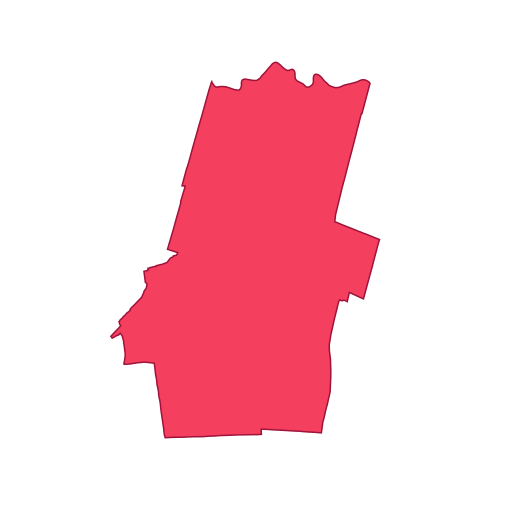 Foltesti, Galati, Romania (orthographic projection), rotated 287°
{"feature_id": "2599482B44549588747866", "entity_name": "Foltesti", "entity_type": "district", "adm_level": 2, "iso_a3": "ROU", "parent_name": "Romania", "parent_adm1": "Galati", "projection": "orthographic", "projection_center": [28.087, 45.725], "detail": "fine", "context": "isolated", "style": "filled", "palette": "rose", "viewbox_px": 512, "rotation_deg": 287, "n_neighbors": 0, "source": "geoboundaries", "source_scale": "gbopen_adm2", "svg_char_len": 5124}
<svg xmlns="http://www.w3.org/2000/svg" viewBox="0 0 512 512"><g transform="rotate(287 256 256)"><path d="M409.8,162.7L409.4,162.6L408.7,162.6L401.6,162.5L373.1,163.2L363.2,163.3L355.3,163.5L341.0,163.8L331.3,164.1L322.8,164.3L318.7,164.1L301.5,164.7L302.1,167.9L286.3,168.0L284.5,168.5L280.8,168.6L275.9,168.7L270.5,168.8L256.4,169.2L256.2,169.2L244.6,169.3L242.3,169.3L241.7,169.3L238.1,169.4L236.5,169.4L236.4,177.4L236.3,180.1L235.3,180.0L233.6,179.8L233.5,179.7L232.6,178.0L231.8,176.9L231.3,177.2L229.5,175.2L228.1,174.4L225.7,173.5L223.9,172.9L223.3,172.2L220.6,168.6L217.7,163.6L217.3,163.8L214.1,158.4L213.7,157.7L213.4,157.6L212.6,156.5L212.6,156.4L212.4,156.5L212.0,156.9L211.9,157.0L211.1,156.3L210.5,156.6L209.8,155.5L209.2,154.3L208.6,153.3L198.4,157.9L197.6,159.8L196.6,160.1L194.8,160.3L193.3,160.4L192.4,160.2L191.7,159.9L191.2,159.7L190.0,159.3L188.2,159.3L186.1,159.1L183.6,158.8L183.0,158.6L181.8,158.1L181.3,157.8L175.6,154.9L174.3,154.3L171.3,152.6L168.9,151.4L168.5,151.3L167.4,151.3L167.3,151.5L166.1,150.9L165.3,150.4L164.2,149.5L163.8,149.2L161.5,148.2L160.3,147.5L159.1,146.8L158.9,146.7L158.6,146.6L158.4,146.5L158.1,146.5L157.2,146.1L156.8,145.8L155.4,144.9L154.5,144.6L153.9,144.5L153.4,144.5L153.3,144.4L153.1,144.2L152.9,144.3L152.1,144.8L150.9,145.7L150.4,146.2L149.8,147.1L136.8,140.7L135.4,142.5L138.8,145.7L139.2,146.2L140.3,147.7L142.4,148.8L141.8,149.6L140.6,151.3L136.4,154.0L135.6,154.4L135.1,154.5L132.8,155.6L130.9,156.5L129.3,157.2L128.2,157.7L127.4,158.1L125.6,158.9L125.4,159.0L123.6,159.7L122.2,160.1L119.8,160.5L117.4,160.9L116.3,160.9L114.4,161.2L113.9,161.5L114.0,162.0L115.8,166.8L119.2,173.8L121.8,180.2L122.7,184.2L123.3,187.7L123.7,190.0L121.7,191.0L113.8,194.4L112.9,194.8L110.7,196.0L109.4,196.7L107.2,197.7L105.4,198.4L104.2,198.9L103.4,199.3L101.8,200.3L99.3,201.6L99.1,201.7L97.8,202.4L95.6,203.2L93.8,204.0L93.2,204.3L91.7,205.0L90.5,205.9L89.1,206.5L87.2,207.5L86.0,208.0L83.6,209.0L83.4,209.1L81.7,209.8L78.8,211.1L71.5,214.6L67.0,216.7L65.3,217.5L63.6,218.3L62.7,218.7L61.7,219.1L59.9,219.9L58.2,220.6L57.7,221.0L55.7,222.2L55.7,222.3L55.9,222.8L56.0,223.2L57.6,227.6L58.2,229.2L59.7,233.9L60.4,236.0L61.0,238.0L61.8,240.4L62.8,243.0L64.0,246.6L65.0,249.4L67.9,258.7L68.2,259.3L69.7,263.0L71.0,266.7L71.7,268.9L72.9,271.9L73.0,272.0L73.3,272.8L74.7,276.9L77.4,284.7L78.6,288.1L79.8,291.5L81.3,296.4L81.4,296.6L81.6,297.1L83.1,301.7L84.7,306.7L85.4,309.1L86.1,310.8L87.0,313.3L92.0,311.6L93.6,318.0L94.2,320.7L94.2,320.8L96.4,329.6L97.3,333.2L100.4,346.1L100.6,346.7L100.9,347.5L101.0,348.1L101.2,349.0L101.9,352.6L103.1,357.9L103.2,358.4L103.3,358.5L104.0,361.5L104.6,363.8L105.1,366.1L105.5,368.2L105.8,369.3L106.0,370.2L112.9,369.1L113.0,369.1L115.5,368.7L116.4,368.5L120.0,368.4L125.1,368.1L126.6,367.9L132.2,367.6L134.3,367.6L146.9,366.7L148.6,366.4L161.7,363.0L167.5,361.3L173.1,359.4L178.8,357.5L186.8,353.9L192.5,352.0L200.6,350.9L201.5,350.7L215.8,349.6L216.4,349.5L226.0,349.0L236.4,348.4L238.4,348.9L238.3,351.3L239.3,352.8L239.5,354.2L239.0,356.6L241.4,356.4L248.4,355.9L246.4,371.3L258.9,370.9L268.5,370.6L271.2,370.5L279.9,370.3L283.2,370.1L288.0,369.9L300.8,369.4L304.0,369.3L307.8,369.3L308.5,361.4L308.9,357.1L309.0,356.8L309.2,352.3L311.1,329.1L311.7,323.7L311.8,321.3L318.9,320.0L344.8,318.5L345.2,318.4L349.3,318.3L358.5,318.0L371.1,317.4L378.0,317.1L383.9,316.9L397.2,316.3L401.7,316.1L406.2,315.8L410.0,315.7L412.5,315.6L422.6,315.1L423.0,315.7L424.4,315.7L426.2,315.6L450.6,314.7L454.2,314.6L454.9,314.0L455.2,313.6L455.5,312.9L455.8,312.0L456.2,310.0L456.3,309.0L455.8,306.6L455.1,305.3L454.5,304.4L452.5,302.2L451.3,300.5L449.7,298.1L448.1,295.4L446.6,292.8L445.5,291.0L445.0,290.2L443.7,288.7L442.4,287.3L441.2,285.4L440.5,283.6L440.2,282.6L440.1,279.6L440.3,277.5L440.6,275.6L441.7,274.0L442.1,273.1L443.3,270.3L444.5,268.6L445.5,267.1L446.6,265.3L447.3,263.5L447.5,262.6L447.5,260.6L447.1,259.6L446.2,258.9L445.4,258.6L444.3,258.6L442.3,259.0L440.5,259.6L438.4,260.1L436.4,259.8L433.8,258.0L433.2,257.4L432.4,255.6L432.3,254.7L432.7,253.7L434.1,251.2L434.6,249.3L434.9,247.3L435.3,245.3L435.4,244.3L436.7,242.1L437.6,241.5L438.6,241.1L439.4,240.6L440.6,240.4L442.4,239.7L443.2,239.3L444.1,238.6L444.7,237.9L445.1,236.9L445.1,235.8L443.4,233.5L442.9,232.6L442.6,231.6L442.8,230.6L443.0,229.5L443.3,228.7L444.0,226.9L444.9,225.0L445.9,223.2L446.6,221.3L446.9,220.3L447.2,219.4L446.7,217.5L445.2,215.9L444.4,215.4L443.5,215.0L441.6,214.2L439.9,213.4L437.4,212.3L435.7,211.6L434.1,210.9L432.3,210.0L430.8,209.2L428.2,208.1L427.2,208.0L426.5,207.4L425.1,206.1L424.3,205.7L423.9,204.7L423.6,203.8L423.1,202.0L422.8,200.0L422.6,198.1L422.3,196.1L422.1,194.1L421.8,193.2L421.3,192.4L420.7,191.8L419.9,191.3L418.9,191.2L417.2,191.4L415.8,191.9L414.9,192.2L412.8,192.4L410.9,192.0L410.2,191.6L409.5,191.0L409.3,189.6L408.9,187.6L408.8,186.5L408.9,183.7L409.0,181.6L409.0,179.6L409.0,177.7L408.8,176.7L408.4,174.8L408.1,173.8L407.8,173.0L407.6,172.5L407.3,171.7L406.5,170.1L406.0,168.6L406.0,167.7L406.3,167.0L406.7,166.3L407.7,164.9L409.0,163.3L409.3,163.0L409.5,162.9L409.8,162.7Z" fill="#f43f5e" stroke="#9f1239" stroke-width="1.5"/></g></svg>